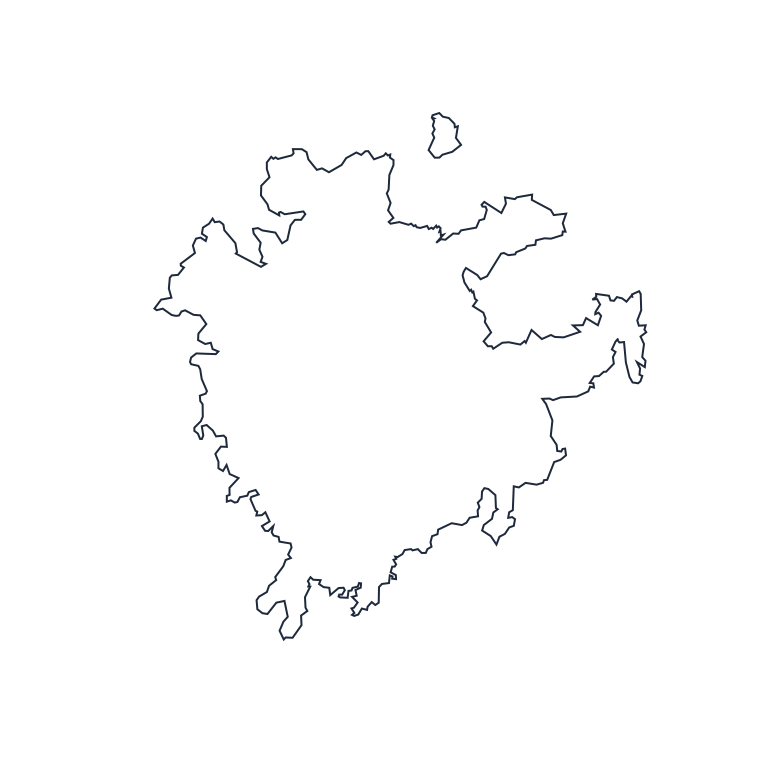 outline of Chiautla, Puebla, Mexico, rotated 109°
{"feature_id": "50627088B89573035265708", "entity_name": "Chiautla", "entity_type": "district", "adm_level": 2, "iso_a3": "MEX", "parent_name": "Mexico", "parent_adm1": "Puebla", "projection": "orthographic", "projection_center": [-98.6, 18.284], "detail": "fine", "context": "isolated", "style": "outline", "palette": "slate", "viewbox_px": 768, "rotation_deg": 109, "n_neighbors": 0, "source": "geoboundaries", "source_scale": "gbopen_adm2", "svg_char_len": 6167}
<svg xmlns="http://www.w3.org/2000/svg" viewBox="0 0 768 768"><g transform="rotate(109 384 384)"><path d="M213.2,173.0L218.6,178.7L220.6,177.7L220.6,179.1L227.2,181.5L225.5,186.7L226.0,192.1L230.5,193.6L231.2,197.1L227.3,200.0L229.8,212.8L232.5,211.7L236.4,214.5L234.3,210.3L238.5,205.5L247.1,207.5L249.2,207.0L246.7,204.3L248.9,200.9L258.8,200.9L255.9,214.4L263.6,215.1L267.1,224.4L270.8,215.6L281.4,229.3L283.9,237.8L283.3,242.1L290.1,249.4L284.9,262.1L298.8,263.3L297.6,265.0L302.3,267.9L303.9,279.6L306.5,285.6L315.1,292.2L313.2,294.5L314.5,298.1L311.2,303.7L300.4,299.5L292.5,308.9L288.9,309.4L284.2,313.3L281.4,325.3L274.7,323.3L273.8,325.8L267.6,329.5L268.7,330.3L266.5,332.3L268.1,333.2L261.8,341.0L255.6,345.1L251.8,345.2L247.6,344.3L250.6,331.3L253.5,326.8L248.5,321.6L222.7,315.8L221.1,313.3L221.7,308.3L218.7,302.2L216.3,301.9L209.9,294.5L206.9,293.7L203.1,286.2L198.7,287.1L194.0,279.7L192.2,273.4L185.2,263.9L181.6,264.6L180.9,262.0L173.8,267.3L163.6,267.2L169.0,278.5L165.2,282.9L161.8,304.2L156.7,305.6L164.1,319.0L166.6,320.5L168.2,330.4L173.8,327.4L184.1,328.7L179.2,348.5L182.8,350.1L184.2,348.6L183.3,345.7L185.9,343.5L195.4,343.0L198.2,347.1L206.1,347.7L213.7,361.2L217.7,362.4L219.2,367.6L227.6,372.9L228.5,377.2L233.5,380.6L223.4,376.4L225.0,378.6L221.1,380.3L222.0,381.2L218.3,381.2L217.1,383.5L218.8,384.7L217.3,386.2L221.4,388.0L220.7,389.8L222.9,392.1L220.5,394.7L224.7,400.6L225.1,404.2L223.6,405.9L225.1,407.3L223.5,410.5L225.5,412.7L225.9,422.2L230.3,430.0L229.2,432.3L223.9,429.2L218.5,436.7L210.7,436.7L202.9,443.4L198.7,442.9L184.6,447.0L174.0,446.3L169.2,447.9L168.0,452.1L165.0,452.8L166.7,454.7L165.3,457.4L168.3,458.6L174.8,466.6L169.0,474.6L169.9,477.3L174.8,480.1L174.1,485.5L182.7,493.3L190.7,495.4L201.7,505.0L200.3,512.8L203.4,517.2L196.3,528.6L190.0,532.7L188.7,538.1L191.6,546.6L195.3,544.6L197.9,545.7L205.8,557.6L205.0,560.3L207.1,561.9L205.9,564.6L212.7,566.9L219.0,564.7L225.8,559.6L236.5,564.6L245.8,561.7L252.0,552.7L256.7,549.4L258.7,537.9L256.1,539.1L255.0,537.8L255.8,533.1L247.1,516.4L249.0,513.7L255.7,515.8L257.8,521.7L264.5,524.0L279.3,522.3L284.1,526.1L276.2,536.0L278.4,549.0L277.6,553.9L280.0,558.4L284.1,556.2L290.6,546.6L297.6,545.6L303.3,540.3L308.7,540.4L308.8,534.7L313.3,538.5L308.9,566.6L307.2,565.9L299.2,570.4L290.6,585.0L285.5,587.8L283.9,592.4L286.1,596.7L283.4,599.9L289.4,601.6L295.1,606.1L301.2,605.1L302.7,599.3L306.8,599.1L305.3,605.2L307.8,609.1L315.3,609.8L321.7,605.4L336.5,615.4L338.3,614.6L339.0,611.1L347.9,614.3L350.4,620.0L353.2,621.1L363.8,618.5L371.6,613.1L376.8,622.2L387.4,625.6L388.2,622.9L384.8,617.7L387.9,607.2L387.3,602.8L385.9,600.1L381.4,599.1L379.1,596.1L380.6,586.5L378.9,580.1L385.2,571.5L396.8,575.9L403.0,574.1L404.4,566.1L401.4,561.2L406.8,557.4L407.2,551.2L410.5,552.7L416.2,571.4L421.8,575.0L426.3,574.6L428.1,572.8L427.3,565.4L429.9,562.6L438.6,558.0L448.4,549.1L451.2,549.5L455.0,554.3L459.9,552.2L462.2,548.9L473.9,544.7L478.9,545.1L487.0,549.1L490.1,548.0L491.5,543.8L495.8,540.0L495.3,538.3L491.5,538.1L483.3,542.5L480.5,538.4L483.8,530.6L488.2,525.7L485.0,518.8L486.3,515.9L494.6,512.1L496.3,517.8L505.0,520.7L511.4,515.2L517.6,513.1L518.7,507.9L511.8,506.5L519.4,500.6L520.3,490.9L532.5,496.3L539.2,493.9L541.0,496.2L546.4,494.3L543.9,490.9L544.7,486.5L543.3,484.2L538.0,483.4L534.1,476.9L530.2,476.6L526.0,470.9L529.3,466.6L534.0,472.7L536.3,472.8L545.7,464.2L545.9,462.3L549.9,461.9L547.8,456.8L543.9,454.4L551.2,447.4L558.1,453.2L561.5,448.6L560.7,445.6L554.3,442.4L560.8,441.9L563.2,439.1L562.9,433.9L567.1,431.5L565.2,420.4L568.7,418.2L576.5,419.1L578.9,415.4L582.4,419.7L589.1,419.9L602.0,424.0L604.5,422.1L612.2,427.0L618.8,427.0L625.7,432.9L629.9,434.1L638.2,430.4L640.3,424.3L639.4,419.3L625.8,414.6L621.5,407.5L635.5,399.2L641.4,401.7L651.3,402.4L658.2,395.6L655.7,394.5L653.7,387.8L638.9,383.5L629.9,387.0L623.6,382.6L621.0,385.4L611.3,389.3L599.6,387.8L600.1,389.6L597.5,389.3L595.2,391.8L590.6,390.6L592.1,387.2L590.1,380.1L594.3,380.3L595.7,375.0L594.5,369.4L601.1,366.1L591.7,360.5L589.8,355.9L591.7,353.9L596.8,355.0L597.7,357.8L599.7,357.8L600.1,356.2L598.0,348.8L591.2,350.2L589.8,347.5L587.0,347.4L584.1,342.8L580.3,342.8L580.0,340.8L584.1,339.7L588.1,343.9L593.1,340.9L595.7,344.9L599.2,337.8L605.3,339.6L606.8,341.7L610.1,337.5L612.7,339.1L613.0,336.7L610.4,333.3L603.5,331.8L603.1,326.5L599.9,327.0L594.2,324.6L595.8,320.3L592.5,317.8L577.6,322.6L573.7,320.8L570.6,314.5L563.1,316.2L563.2,313.3L565.4,312.9L564.6,309.1L560.8,310.6L559.9,316.4L554.1,316.8L553.1,314.4L550.6,313.8L547.2,317.8L545.3,315.5L543.6,317.2L543.2,314.8L538.8,311.2L534.3,310.4L531.3,304.7L532.0,302.8L529.1,298.2L531.5,293.4L530.1,289.5L526.0,289.2L522.4,286.1L518.5,288.5L512.2,289.0L508.6,284.5L504.1,285.4L493.6,274.7L492.0,264.3L488.3,260.9L482.6,259.5L478.5,252.0L473.1,254.3L469.3,253.7L465.7,256.7L460.8,254.3L453.8,256.3L449.8,255.2L449.3,251.2L452.8,242.5L464.8,237.8L465.4,235.7L469.9,238.8L476.3,238.0L484.9,243.7L490.6,243.5L493.0,233.6L499.2,225.4L490.8,225.1L486.4,220.9L478.9,218.9L475.8,215.1L469.2,216.1L468.1,219.4L470.1,223.0L464.5,223.9L461.4,221.1L438.5,228.0L437.9,222.8L431.4,218.0L429.5,207.0L425.7,201.5L422.8,201.4L421.5,198.5L402.4,197.7L398.2,192.4L392.2,188.7L386.1,191.7L387.3,194.0L390.1,194.4L390.9,198.4L385.3,201.0L378.9,209.4L363.6,212.9L350.2,224.2L346.5,229.5L343.9,222.9L344.2,218.9L339.1,212.5L333.0,197.5L324.5,188.5L319.4,188.2L319.0,184.3L315.2,186.3L316.0,189.8L308.4,187.8L306.5,183.3L300.9,180.2L300.1,178.0L289.9,173.3L284.1,176.3L278.3,175.5L277.2,179.8L268.6,178.9L264.8,177.4L266.5,177.6L268.1,174.9L266.2,170.7L284.9,162.3L297.3,154.3L301.6,149.5L300.6,144.0L297.9,142.4L292.3,142.4L292.0,145.5L286.0,146.9L280.9,152.0L283.1,142.9L276.9,144.3L274.5,148.6L261.5,151.2L255.6,156.9L249.7,152.9L247.7,155.5L243.3,155.7L245.9,162.0L241.5,165.2L230.6,164.8L215.3,170.6L213.2,173.0ZM132.8,389.0L127.9,396.1L116.3,398.1L118.2,400.6L115.0,402.1L111.4,409.3L112.1,415.4L109.8,420.0L114.1,425.6L116.4,425.5L116.6,423.0L117.6,424.2L119.0,422.2L123.9,421.9L126.8,419.0L131.4,419.8L134.7,416.7L148.3,418.0L153.5,409.7L151.9,405.3L148.2,403.4L142.2,395.0L132.8,389.0Z" fill="none" stroke="#1e293b" stroke-width="2"/></g></svg>